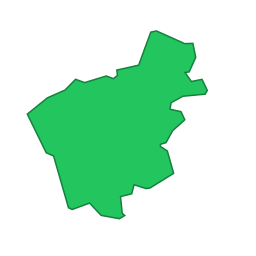 outline of Uror, Jonglei, South Sudan, rotated 70°
{"feature_id": "79223893B11973303944142", "entity_name": "Uror", "entity_type": "district", "adm_level": 2, "iso_a3": "SSD", "parent_name": "South Sudan", "parent_adm1": "Jonglei", "projection": "albers", "projection_center": [32.126, 7.693], "detail": "fine", "context": "isolated", "style": "filled", "palette": "green", "viewbox_px": 256, "rotation_deg": 70, "n_neighbors": 0, "source": "geoboundaries", "source_scale": "gbopen_adm2", "svg_char_len": 717}
<svg xmlns="http://www.w3.org/2000/svg" viewBox="0 0 256 256"><g transform="rotate(70 128 128)"><path d="M185.5,208.3L185.4,189.8L200.9,183.2L210.3,167.1L209.1,161.0L206.2,162.6L189.9,158.5L191.1,147.0L183.4,141.7L191.1,131.8L191.9,127.7L186.2,100.6L163.0,98.9L156.4,103.9L154.4,103.1L154.8,97.3L145.8,87.0L139.7,71.8L130.8,72.6L124.7,82.1L119.0,78.8L116.9,65.7L122.6,43.9L119.8,40.6L107.6,41.8L106.0,52.5L95.4,55.4L96.2,51.3L84.8,40.2L70.6,38.1L69.8,40.7L68.1,45.9L46.5,68.1L45.7,73.8L55.5,82.1L72.6,96.5L69.7,118.7L75.0,119.9L76.6,124.8L71.7,130.6L70.5,153.2L64.3,160.6L70.8,174.2L72.1,193.5L80.5,217.9L123.4,213.3L128.8,207.5L182.6,211.2L185.5,208.3Z" fill="#22c55e" stroke="#15803d" stroke-width="1.5"/></g></svg>